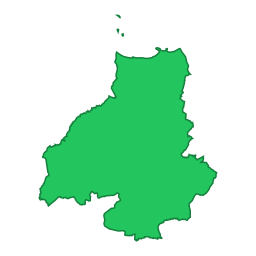 Kota Serang, Banten, Indonesia (orthographic projection)
{"feature_id": "22746128B38845978082923", "entity_name": "Kota Serang", "entity_type": "district", "adm_level": 2, "iso_a3": "IDN", "parent_name": "Indonesia", "parent_adm1": "Banten", "projection": "orthographic", "projection_center": [106.163, -6.1], "detail": "fine", "context": "isolated", "style": "filled", "palette": "green", "viewbox_px": 256, "rotation_deg": 0, "n_neighbors": 0, "source": "geoboundaries", "source_scale": "gbopen_adm2", "svg_char_len": 5855}
<svg xmlns="http://www.w3.org/2000/svg" viewBox="0 0 256 256"><path d="M180.1,48.6L179.2,48.7L174.1,51.5L170.0,52.3L167.8,51.8L167.1,51.2L166.8,50.2L167.2,49.5L167.2,48.7L166.0,49.0L166.2,50.1L165.7,50.5L164.7,50.9L162.6,50.9L161.0,50.5L160.0,48.7L157.7,47.8L156.5,47.8L155.9,48.4L156.0,48.8L157.3,49.7L159.4,50.7L159.3,51.8L158.1,53.7L155.7,55.7L152.5,57.1L152.0,57.7L147.7,58.4L145.7,58.4L141.9,57.8L136.9,57.9L134.1,57.5L133.1,56.9L132.4,57.8L132.1,57.6L131.8,58.1L128.0,57.6L123.6,56.5L120.9,55.1L116.6,52.2L116.0,54.7L116.2,58.4L114.9,61.8L115.4,62.1L115.3,62.8L116.2,63.6L116.8,65.0L116.9,66.3L117.4,66.5L117.3,69.6L116.0,74.8L116.3,77.2L117.1,78.1L113.1,82.9L113.3,83.5L112.7,85.8L111.9,86.0L111.4,88.2L116.0,96.8L115.8,97.5L115.3,98.1L114.3,97.4L113.5,98.1L112.8,97.6L110.5,96.9L109.3,96.0L108.9,96.0L109.0,97.1L108.7,98.0L105.2,101.1L104.0,103.1L103.3,103.3L102.6,104.2L102.0,104.4L101.4,105.6L100.6,106.0L99.3,105.3L98.4,106.2L96.9,105.6L96.4,105.9L95.9,107.5L95.4,108.0L94.1,107.4L93.2,108.2L91.9,107.8L91.7,108.3L92.0,109.3L91.7,110.2L90.6,110.3L90.1,110.9L89.8,111.9L88.7,111.8L88.0,110.9L87.8,111.7L86.4,111.6L86.1,112.8L85.2,113.5L84.0,112.9L83.4,113.6L80.7,114.3L80.3,114.6L80.2,116.3L78.9,116.3L76.8,117.7L75.1,120.7L72.9,122.1L72.9,123.2L72.3,123.2L72.3,124.0L71.2,124.4L71.3,125.5L69.9,126.6L70.0,127.3L69.5,128.9L69.9,129.9L68.2,131.7L66.8,133.9L66.5,135.1L66.9,136.4L65.6,136.5L63.7,138.1L63.2,139.0L63.2,139.6L64.7,140.1L64.8,140.8L64.6,141.0L62.1,139.7L61.3,141.0L60.7,143.6L60.4,144.0L59.6,144.0L59.1,144.8L58.2,145.0L57.7,144.6L56.6,145.1L55.1,144.5L55.3,145.6L53.4,145.9L52.9,146.7L52.0,146.7L50.8,147.2L50.5,147.1L50.0,145.8L47.3,148.1L46.8,150.9L45.8,151.3L45.1,152.3L44.6,152.4L43.6,154.1L43.3,155.8L42.6,156.8L42.9,157.4L44.8,157.8L46.0,159.4L47.8,171.8L48.8,174.0L48.8,175.0L48.8,175.4L46.3,176.9L46.2,177.4L45.5,178.6L45.0,181.1L44.3,182.2L44.3,183.2L43.4,183.9L43.5,184.7L42.1,185.8L41.1,187.9L40.0,188.8L40.5,190.5L40.5,191.6L40.9,192.4L40.6,193.6L39.9,194.1L40.2,195.6L39.7,196.3L39.9,197.0L39.3,197.8L39.4,198.5L40.1,199.0L39.9,199.3L40.4,199.9L41.5,199.5L41.8,198.7L43.0,199.7L43.9,199.4L44.9,199.9L45.9,200.8L46.1,201.9L46.7,202.8L48.1,203.8L47.9,205.0L48.6,205.9L50.7,203.8L54.7,200.7L58.5,197.0L59.9,196.7L60.4,196.9L60.5,197.5L61.8,197.6L63.3,198.2L63.8,197.8L65.8,197.5L67.2,198.6L68.8,198.4L69.4,197.8L73.6,196.9L75.1,198.2L75.5,199.7L77.7,202.6L78.6,203.0L80.1,204.5L81.9,204.9L82.5,204.4L84.4,204.5L85.1,204.1L85.4,202.9L85.0,201.2L85.7,199.7L86.4,199.8L88.8,201.0L90.3,200.6L90.2,197.7L90.6,196.5L89.6,195.0L89.8,194.3L90.8,193.2L90.8,192.3L91.9,191.5L94.6,193.5L95.1,193.6L96.5,192.9L97.4,193.4L97.7,196.7L98.3,198.0L98.7,198.1L102.1,196.6L105.0,196.5L106.6,195.6L109.0,195.7L111.3,195.3L113.4,195.4L115.6,194.3L116.8,193.1L117.6,193.0L119.1,194.0L118.7,195.3L118.7,196.8L120.3,199.4L120.4,200.5L116.6,202.3L115.8,203.8L114.6,205.1L114.7,207.4L114.2,208.1L111.4,208.3L104.6,213.5L104.1,214.6L103.9,215.8L104.8,220.1L104.0,223.6L104.4,225.3L105.0,226.2L109.3,228.9L118.4,231.0L122.2,230.7L124.3,231.0L125.2,232.0L124.8,234.5L125.1,235.3L129.7,235.7L130.5,235.3L131.8,235.7L132.7,235.0L132.7,234.6L134.9,234.2L134.8,239.5L136.2,240.6L136.4,239.7L137.1,239.8L137.6,240.4L137.8,240.3L138.6,239.4L138.5,238.8L138.8,238.6L139.9,238.5L141.4,238.8L142.2,238.2L144.6,237.7L145.1,237.2L144.9,236.8L145.9,236.6L148.8,236.8L149.5,237.7L150.4,237.6L153.5,238.4L153.9,237.8L157.7,239.0L158.0,237.6L162.3,238.5L161.3,237.7L160.4,236.4L160.1,234.0L158.9,231.6L157.9,227.5L158.6,225.3L160.2,223.5L161.7,223.2L162.3,222.6L163.4,222.5L163.5,221.6L165.1,220.2L165.5,220.1L165.8,220.4L166.8,219.8L167.1,220.2L168.2,220.0L169.2,219.7L169.5,219.1L170.2,219.5L171.1,219.0L171.6,219.1L171.8,218.6L173.1,219.1L173.8,218.3L175.0,218.3L175.4,218.8L177.0,218.3L177.4,218.4L177.4,219.4L178.3,219.5L179.0,220.4L179.6,220.0L181.2,219.7L182.1,219.1L183.7,219.5L185.2,219.3L186.4,220.1L187.4,220.1L187.7,219.5L189.3,217.9L190.3,217.2L190.2,210.3L189.5,208.1L189.0,203.9L192.3,200.5L194.5,195.9L195.8,194.3L197.4,193.8L199.9,195.0L203.1,195.2L206.2,193.1L209.1,189.3L209.3,188.3L210.5,186.1L211.4,185.3L212.2,183.8L212.8,183.4L213.0,181.0L213.4,180.5L213.6,178.6L214.3,177.8L215.0,178.1L216.0,176.7L216.0,174.2L216.7,172.9L216.0,172.2L213.3,170.6L213.0,170.0L211.1,169.0L209.7,167.6L208.3,167.0L208.3,165.2L207.4,164.5L206.5,162.6L202.3,162.2L200.9,162.4L201.5,161.6L202.5,161.2L203.1,160.5L203.4,159.1L203.4,156.4L197.1,159.8L196.1,158.6L194.9,157.6L195.7,155.3L195.3,155.1L194.2,155.7L193.8,155.7L193.1,156.4L192.2,155.6L192.4,155.3L190.6,155.1L189.1,154.5L188.9,155.7L188.2,156.4L188.0,157.4L186.8,157.4L186.4,157.7L185.5,157.1L184.8,157.2L184.4,157.7L183.8,157.2L183.3,157.1L181.9,155.9L181.4,155.1L181.4,153.7L183.6,151.6L184.6,149.8L185.4,150.0L188.3,145.0L188.5,144.3L188.2,143.6L189.3,141.0L190.8,139.8L191.1,139.2L192.5,138.5L192.0,138.2L191.4,137.0L190.0,136.6L189.7,135.9L188.1,136.5L188.4,135.6L187.5,134.9L187.5,134.3L187.7,132.4L190.3,129.4L191.2,128.8L192.2,126.9L193.2,126.8L193.2,125.6L192.7,123.0L192.3,123.6L189.9,120.8L189.5,121.1L187.8,119.9L185.7,119.4L185.7,118.0L185.3,117.5L185.9,116.8L186.0,114.0L183.8,112.5L183.0,112.3L182.8,111.6L182.6,108.4L183.0,107.6L183.5,107.6L184.5,101.5L182.9,101.1L180.0,98.3L180.6,97.2L181.6,96.4L180.6,95.4L181.4,94.9L181.5,94.3L183.2,92.5L183.1,92.1L181.7,91.1L182.8,89.0L184.4,83.3L184.4,81.0L184.9,80.7L185.0,80.1L184.6,79.2L185.5,76.2L185.7,75.9L188.0,75.3L188.8,74.4L190.3,74.3L189.0,72.8L187.4,69.7L188.5,65.9L186.3,61.1L186.4,59.9L185.7,58.6L185.8,57.4L184.5,55.3L182.5,52.9L180.1,48.6ZM118.1,31.9L118.6,30.0L118.5,29.5L117.5,29.3L117.2,29.7L118.1,31.9ZM120.0,17.5L119.8,16.6L119.0,15.8L118.3,15.4L117.3,15.4L118.8,16.4L119.5,17.4L120.0,17.5ZM123.2,35.8L123.4,35.2L123.1,33.9L122.2,34.1L122.1,35.1L122.8,36.0L123.2,35.8Z" fill="#22c55e" stroke="#15803d" stroke-width="1.5"/></svg>